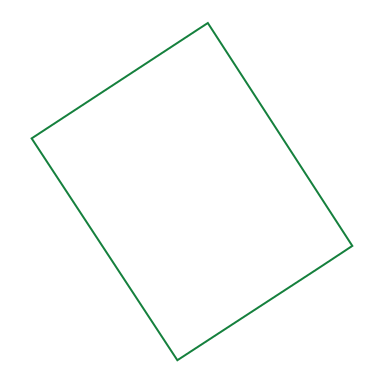 Wichita, Kansas, United States of America, rotated 147°
{"feature_id": "52423323B71882336368987", "entity_name": "Wichita", "entity_type": "district", "adm_level": 2, "iso_a3": "USA", "parent_name": "United States of America", "parent_adm1": "Kansas", "projection": "mercator", "projection_center": [-101.426, 38.482], "detail": "fine", "context": "isolated", "style": "outline", "palette": "green", "viewbox_px": 384, "rotation_deg": 147, "n_neighbors": 0, "source": "geoboundaries", "source_scale": "gbopen_adm2", "svg_char_len": 242}
<svg xmlns="http://www.w3.org/2000/svg" viewBox="0 0 384 384"><g transform="rotate(147 192 192)"><path d="M86.9,59.5L86.7,325.1L98.7,325.1L297.3,324.3L295.9,58.9L126.3,59.2L86.9,59.5Z" fill="none" stroke="#15803d" stroke-width="2"/></g></svg>